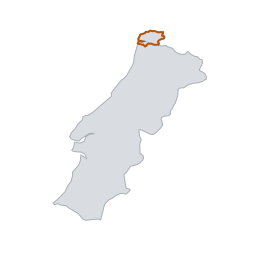 Portugal, with Viana do Castelo highlighted, rotated 26°
{"feature_id": "PRT-741", "entity_name": "Viana do Castelo", "entity_type": "District", "adm_level": 1, "iso_a3": "PRT", "parent_name": "Portugal", "parent_adm1": "", "projection": "orthographic", "projection_center": [-8.501, 41.884], "detail": "fine", "context": "in_parent", "style": "outline", "palette": "amber", "viewbox_px": 256, "rotation_deg": 26, "n_neighbors": 0, "source": "natural_earth", "source_scale": "10m", "svg_char_len": 3467}
<svg xmlns="http://www.w3.org/2000/svg" viewBox="0 0 256 256"><g transform="rotate(26 128 128)"><path d="M101.1,34.9L103.9,32.2L106.6,30.5L108.2,29.9L114.5,28.0L116.1,27.2L117.7,27.3L117.9,28.2L118.8,29.8L119.9,31.0L120.1,31.8L117.7,35.5L117.4,36.7L118.7,39.0L118.9,39.7L119.5,40.0L121.2,39.9L124.2,38.4L126.3,37.1L127.0,37.6L133.0,36.9L134.4,37.4L135.4,38.1L138.3,38.9L141.5,38.9L145.5,37.7L147.2,36.4L147.5,35.1L147.6,34.1L148.1,33.4L149.0,33.0L150.4,33.7L152.4,34.2L157.3,34.3L158.2,33.5L159.8,33.7L162.0,34.6L164.5,34.3L165.8,35.4L166.4,36.9L166.6,40.2L166.5,43.6L167.0,44.9L168.7,45.1L171.4,45.0L173.9,45.9L175.9,47.4L176.6,49.0L176.9,50.2L175.9,50.8L174.7,53.3L171.4,56.5L166.6,59.4L163.0,63.0L160.6,67.3L157.4,69.2L156.5,70.1L156.1,71.3L158.3,76.4L159.0,80.4L159.6,85.2L159.3,86.6L159.2,92.0L158.8,93.6L158.9,94.8L159.7,96.2L160.1,97.5L158.7,99.2L156.0,101.2L154.1,102.9L153.5,104.5L153.7,105.5L157.1,108.9L157.8,110.2L157.4,113.6L155.5,119.1L153.7,122.4L153.4,122.8L151.3,123.8L141.1,123.9L138.6,124.7L138.9,125.4L141.4,129.6L143.9,131.9L144.8,132.4L145.7,137.4L149.9,145.3L153.9,146.4L155.3,148.4L155.1,151.2L153.9,154.3L151.6,157.5L148.7,159.7L146.8,162.0L146.7,164.5L146.1,167.8L145.2,170.4L145.0,172.1L152.5,182.9L156.6,182.3L157.1,182.6L156.5,185.2L155.2,188.2L153.7,188.8L150.2,189.8L146.9,193.8L144.3,198.6L142.3,200.9L140.5,206.5L140.7,209.0L141.7,212.7L143.7,222.5L140.9,223.0L130.3,229.5L126.9,229.5L120.7,226.7L109.8,225.8L106.2,225.0L101.7,226.8L98.3,226.8L95.6,229.1L93.6,228.4L95.9,223.2L99.4,212.8L99.3,206.4L100.2,200.9L99.2,195.4L97.5,192.0L99.9,183.1L99.6,178.6L97.5,172.8L104.1,173.7L102.0,171.4L100.0,170.0L98.1,170.3L96.5,170.2L90.9,172.4L88.0,173.0L87.2,172.6L87.6,169.1L86.1,164.4L88.4,163.2L91.0,162.9L93.2,160.9L94.6,158.7L93.9,154.8L95.8,151.0L100.3,147.9L98.0,148.4L95.3,150.3L91.1,157.4L89.7,161.1L86.1,162.2L82.9,162.8L81.2,162.4L79.3,161.4L79.1,158.7L79.3,156.6L80.7,152.4L81.3,146.4L83.2,141.1L83.1,139.6L82.6,137.5L84.3,135.4L86.4,134.1L89.5,129.5L94.0,118.6L99.1,107.0L98.7,105.5L97.6,104.4L98.0,101.3L101.1,87.6L102.3,85.8L103.8,81.8L104.1,75.4L104.6,70.9L104.5,68.7L104.1,66.0L102.2,60.8L100.2,49.9L100.1,46.3L101.7,44.5L99.1,44.2L97.9,41.9L98.2,39.2L101.1,34.9Z" fill="#d9dde1" stroke="#a8b0b8" stroke-width="1"/><path d="M117.4,26.5L117.7,26.9L117.9,27.5L117.9,29.2L118.0,29.8L118.3,30.1L118.8,30.0L119.3,29.8L119.9,29.7L120.5,29.9L120.9,30.4L121.1,30.9L121.1,31.6L120.8,32.1L120.3,32.5L119.5,33.1L118.6,33.9L117.5,35.6L117.2,36.3L117.2,37.1L117.5,37.8L118.6,38.2L118.8,38.5L118.8,39.0L118.7,40.0L118.2,40.0L115.4,41.6L114.7,41.8L112.1,42.0L111.7,42.0L111.3,42.2L111.1,42.4L110.5,42.8L110.1,43.0L109.8,43.0L109.6,42.9L109.3,43.0L109.2,43.1L108.9,43.4L108.9,43.7L108.8,44.0L108.7,44.6L108.7,44.9L108.6,45.1L108.3,45.4L108.2,45.7L108.1,45.9L108.3,46.3L107.7,47.2L107.3,47.1L106.9,47.0L106.4,46.9L105.5,46.5L105.2,46.4L105.1,46.5L104.8,46.8L104.5,46.9L103.0,47.0L100.8,47.7L100.6,47.8L100.0,47.7L99.8,47.7L99.8,47.2L99.6,46.5L99.5,45.5L99.6,45.1L100.3,44.8L102.1,44.5L102.6,44.3L103.1,44.0L103.5,43.6L100.2,44.5L99.5,44.6L99.2,44.6L98.6,44.2L98.1,43.0L98.1,41.8L98.3,40.0L98.1,38.9L98.3,38.5L98.5,38.1L100.6,36.4L101.6,35.3L101.9,33.8L102.2,33.6L102.9,33.2L103.7,33.0L104.3,32.6L104.5,32.2L104.8,31.3L105.1,30.9L105.6,30.6L106.1,30.5L107.1,30.4L107.7,30.2L108.7,29.5L109.2,29.3L113.8,28.6L114.3,28.3L115.0,27.6L115.3,27.4L115.5,27.4L116.0,27.4L116.5,27.1L117.4,26.5Z" fill="none" stroke="#b45309" stroke-width="2"/></g></svg>